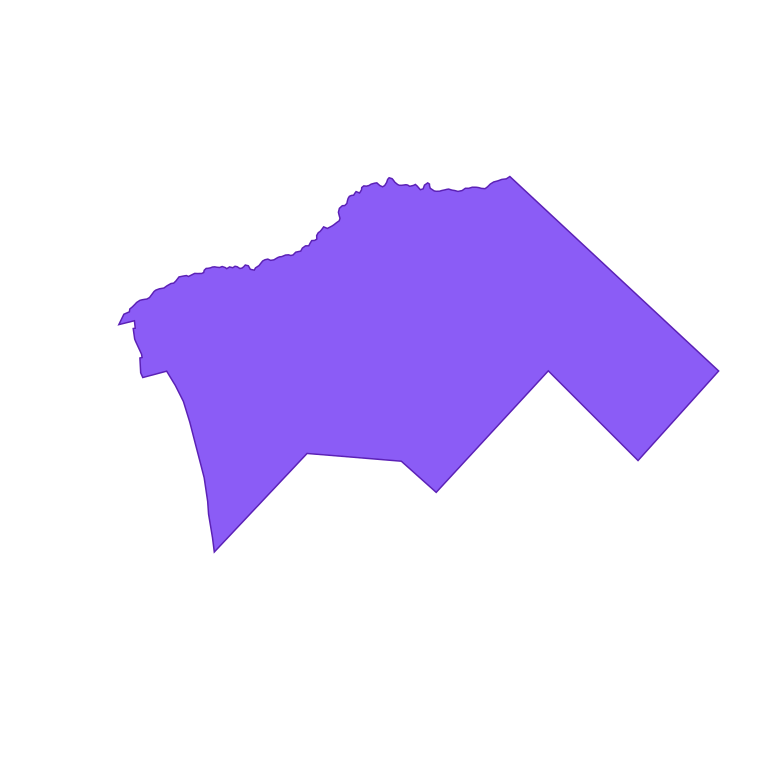 the district of San Martín, Mendoza, Argentina, rotated 42°
{"feature_id": "61730980B45978264735485", "entity_name": "San Martín", "entity_type": "district", "adm_level": 2, "iso_a3": "ARG", "parent_name": "Argentina", "parent_adm1": "Mendoza", "projection": "equal_earth", "projection_center": [-68.452, -32.954], "detail": "fine", "context": "isolated", "style": "filled", "palette": "violet", "viewbox_px": 768, "rotation_deg": 42, "n_neighbors": 0, "source": "geoboundaries", "source_scale": "gbopen_adm2", "svg_char_len": 2474}
<svg xmlns="http://www.w3.org/2000/svg" viewBox="0 0 768 768"><g transform="rotate(42 384 384)"><path d="M624.0,270.9L624.0,150.4L338.7,145.6L337.6,149.7L334.6,153.2L332.7,156.8L330.3,160.5L329.2,164.3L329.0,168.2L328.4,171.2L325.4,173.5L323.1,174.6L321.1,175.9L317.9,178.7L316.0,181.9L313.5,184.1L312.6,188.0L310.1,191.4L307.1,192.9L304.8,194.4L303.3,195.1L301.6,195.9L300.3,197.5L299.2,199.2L297.5,201.5L296.3,203.5L293.9,205.8L292.2,206.9L287.4,207.6L285.3,206.3L284.0,205.0L281.9,205.3L281.0,209.1L282.5,212.8L281.0,215.3L276.2,214.7L273.8,214.7L273.0,216.7L270.8,219.9L268.5,220.3L267.0,221.2L264.1,224.6L262.4,226.1L260.7,226.6L257.1,226.8L254.3,226.2L252.6,226.0L249.8,227.3L249.8,229.5L251.1,232.5L251.7,236.1L251.0,238.4L248.1,239.3L244.1,239.3L242.6,241.1L240.7,244.1L240.0,246.6L238.5,248.8L236.4,250.3L236.0,252.9L237.4,254.8L238.0,258.4L234.5,259.7L234.7,261.9L235.1,264.0L233.6,265.7L232.7,267.7L233.1,270.0L234.0,271.9L235.6,274.7L235.4,277.7L233.7,279.4L233.3,283.3L235.2,286.9L238.3,289.0L240.4,290.3L241.5,292.6L240.8,295.8L240.1,299.7L239.5,301.8L237.8,306.3L234.0,307.6L234.4,311.5L234.4,313.6L233.9,315.5L234.6,318.7L237.1,321.3L236.4,323.7L234.3,325.8L234.9,329.0L235.6,331.6L233.2,333.9L232.4,337.6L233.2,341.0L231.9,342.7L230.2,345.1L230.0,349.1L228.7,350.9L226.6,351.9L224.5,354.1L222.8,357.7L221.3,359.4L220.4,361.2L219.8,363.1L219.1,365.4L217.0,368.0L214.1,368.9L212.4,371.3L211.5,373.8L211.7,377.2L211.9,379.6L210.8,383.7L211.4,386.2L207.9,388.2L204.1,386.9L201.3,388.4L201.3,390.8L200.9,392.9L199.6,394.6L196.4,395.1L194.5,396.2L193.8,398.8L190.9,400.3L190.0,403.5L188.1,403.7L185.1,405.0L183.9,407.4L181.6,409.1L179.8,410.2L178.2,411.9L177.3,413.8L175.8,415.8L174.5,417.1L174.3,419.8L175.4,421.8L174.6,423.8L171.6,426.6L169.3,428.5L166.7,435.0L164.6,435.6L162.6,438.1L160.0,441.6L160.4,446.7L160.2,449.8L158.5,451.8L157.0,456.3L156.2,460.0L153.4,463.5L151.6,466.9L151.2,469.1L151.6,473.2L151.9,476.7L150.9,479.6L149.5,481.2L148.0,483.1L146.6,485.2L145.6,489.0L145.6,491.3L145.4,495.1L144.9,498.4L146.5,500.7L144.0,506.2L147.2,517.3L156.2,504.0L161.8,509.0L160.5,510.6L168.6,517.4L170.8,518.5L181.6,523.1L183.9,524.1L186.5,526.2L185.2,528.0L195.7,538.5L200.4,540.6L213.9,519.9L226.2,523.6L229.9,524.7L246.6,531.2L265.2,542.3L285.4,555.7L301.2,566.1L313.1,574.0L331.6,589.3L340.7,598.1L359.3,612.9L370.3,622.4L372.3,532.2L373.3,487.1L448.5,429.8L495.3,429.6L497.3,264.3L624.0,270.9Z" fill="#8b5cf6" stroke="#5b21b6" stroke-width="1.5"/></g></svg>